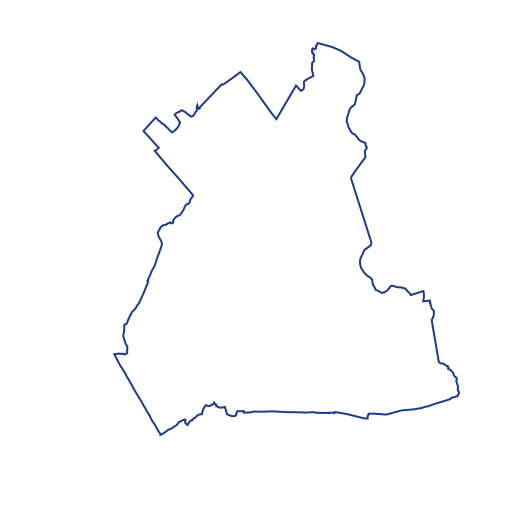 Racova, Bacau, Romania (Equal Earth projection), rotated 255°
{"feature_id": "2599482B19806401166229", "entity_name": "Racova", "entity_type": "district", "adm_level": 2, "iso_a3": "ROU", "parent_name": "Romania", "parent_adm1": "Bacau", "projection": "equal_earth", "projection_center": [26.765, 46.708], "detail": "fine", "context": "isolated", "style": "outline", "palette": "blue", "viewbox_px": 512, "rotation_deg": 255, "n_neighbors": 0, "source": "geoboundaries", "source_scale": "gbopen_adm2", "svg_char_len": 6072}
<svg xmlns="http://www.w3.org/2000/svg" viewBox="0 0 512 512"><g transform="rotate(255 256 256)"><path d="M416.9,405.9L422.8,399.6L432.1,391.2L437.9,384.0L445.7,370.9L444.3,369.6L443.7,368.5L443.2,368.1L442.4,368.4L442.0,368.0L441.0,367.6L441.0,366.9L440.8,366.1L440.5,366.0L440.5,365.7L441.6,365.0L441.9,364.4L441.2,363.8L440.6,363.7L439.5,363.0L438.7,363.1L438.5,363.3L437.6,362.9L436.6,363.9L435.8,364.0L435.8,363.7L435.5,363.6L434.5,364.1L433.0,363.0L430.4,363.0L429.7,362.6L428.8,361.6L428.0,360.2L421.6,358.2L415.1,358.0L414.2,353.8L412.7,348.6L411.8,347.4L410.4,346.9L409.0,346.9L406.4,346.0L404.7,344.8L403.9,342.2L410.3,338.8L382.9,311.1L390.5,307.8L396.2,305.6L412.7,299.4L429.6,292.6L430.2,292.2L437.7,288.6L433.2,277.2L430.1,268.7L430.2,268.2L430.8,267.2L427.9,262.8L426.5,260.2L424.5,257.2L421.1,251.5L417.6,245.9L416.9,244.7L414.5,240.7L413.6,239.8L412.9,239.6L413.1,238.9L414.0,238.6L414.9,238.3L416.8,238.3L415.5,237.4L414.9,237.2L412.6,237.0L411.6,236.2L410.5,234.6L408.1,232.4L407.9,231.8L407.4,229.9L407.7,228.9L409.3,228.1L409.7,227.5L411.2,226.3L413.3,225.0L413.8,224.3L416.1,222.1L415.1,219.1L415.0,217.4L414.3,215.3L413.4,214.0L409.4,215.7L405.3,217.0L404.2,217.1L403.2,216.0L400.8,214.2L400.3,213.5L399.2,211.7L398.5,210.8L397.4,208.0L397.1,207.1L397.3,206.6L399.1,205.7L401.5,204.3L402.1,204.1L404.6,202.3L405.9,201.8L406.7,201.2L408.2,199.6L408.4,199.4L409.0,199.3L412.6,196.6L414.3,195.9L415.7,194.9L405.9,179.7L404.4,180.3L401.0,182.3L392.2,186.6L386.8,189.4L385.8,190.1L384.8,188.5L384.0,186.7L383.8,185.4L365.7,193.9L352.9,200.4L331.0,210.9L329.9,210.3L328.4,208.1L326.9,206.9L324.4,205.3L323.9,204.2L323.9,202.5L322.4,200.2L319.9,198.4L316.9,195.3L315.3,193.1L315.1,192.7L315.0,190.6L314.8,189.7L313.4,187.2L313.0,186.5L311.4,185.0L310.7,184.8L310.2,185.0L309.8,184.8L309.5,184.1L309.4,182.6L310.4,182.4L310.6,182.1L310.6,181.6L310.4,181.3L310.4,180.7L310.4,179.4L310.2,178.9L309.5,177.5L309.7,176.8L309.5,175.6L309.7,174.8L309.7,174.2L308.8,171.8L308.3,171.1L306.9,169.9L306.2,169.5L305.9,169.2L305.4,168.4L303.8,167.1L300.1,167.0L295.6,168.1L292.3,168.5L289.9,167.2L286.1,164.6L278.8,159.4L272.9,155.7L268.6,151.4L266.0,149.6L260.0,144.7L259.4,145.3L258.0,144.4L249.6,138.1L240.5,130.6L239.1,128.5L236.2,125.6L235.3,124.2L234.4,122.2L231.2,119.1L227.4,116.0L224.5,113.9L223.9,113.0L223.7,111.1L222.7,110.7L220.8,110.3L217.3,108.9L215.2,108.1L213.1,107.0L205.6,107.3L204.1,107.6L202.0,108.3L195.6,106.4L195.2,105.4L195.2,105.0L195.0,104.6L195.1,104.0L195.0,103.5L195.0,103.1L195.8,102.4L196.1,101.9L196.4,100.6L196.6,99.3L197.3,98.3L197.3,96.9L197.6,95.5L197.7,93.7L183.7,96.9L182.7,97.5L180.6,98.0L178.7,98.7L174.7,99.7L172.5,100.0L170.2,100.9L166.9,101.6L163.7,102.6L161.1,103.0L145.2,107.6L139.9,108.9L137.0,109.9L134.5,110.3L129.0,112.0L124.2,112.9L119.1,114.7L112.2,116.3L109.5,117.4L108.6,117.5L108.0,117.4L108.2,119.1L108.8,121.2L110.0,124.1L110.9,126.5L111.4,130.7L112.1,131.8L113.1,135.1L113.5,136.1L114.8,137.6L115.4,138.4L115.8,140.7L116.3,142.4L116.4,145.3L115.7,145.5L114.6,144.8L113.7,144.5L113.0,144.6L111.7,145.2L110.5,146.2L111.6,147.0L113.9,150.4L113.8,151.2L113.8,151.9L114.6,152.3L115.4,154.3L115.9,156.2L116.4,157.0L116.8,157.2L117.1,157.9L117.2,158.8L117.5,160.0L117.6,161.1L117.1,162.4L117.3,163.0L118.1,163.2L118.6,163.6L119.6,164.0L121.0,164.8L124.3,168.0L124.8,168.8L124.6,169.5L123.5,170.9L123.2,171.5L123.2,172.4L123.5,174.7L124.0,175.2L123.7,176.1L124.0,176.6L125.3,177.6L124.2,177.9L123.3,178.9L122.8,178.9L122.7,178.5L121.9,178.7L121.4,179.2L121.1,179.0L120.9,179.6L119.9,180.3L118.7,182.5L118.3,183.7L118.5,184.5L118.3,185.1L118.3,186.8L112.6,187.1L112.0,186.9L111.0,187.1L110.3,187.4L108.7,189.6L107.7,191.3L107.2,192.3L106.9,194.6L107.2,195.4L108.6,196.0L110.2,197.1L110.6,197.6L110.8,198.2L109.2,204.1L107.9,203.6L106.5,209.4L106.3,211.2L106.5,212.9L104.8,218.9L104.5,220.1L103.5,223.4L102.8,227.0L102.0,230.2L100.0,237.1L99.3,238.7L98.6,241.4L96.7,247.0L95.9,250.3L93.8,257.2L91.3,265.8L91.0,268.1L90.1,271.6L89.5,272.4L88.9,273.8L86.7,281.7L85.3,286.1L85.7,286.3L84.5,290.1L84.0,291.1L84.9,291.6L81.8,298.7L79.2,303.9L72.8,315.5L70.9,319.2L70.2,321.8L72.5,322.4L73.4,323.4L74.5,324.0L73.0,329.7L69.1,340.8L69.2,356.8L67.0,368.6L66.3,377.4L66.6,380.6L66.3,383.2L66.8,388.9L67.1,396.5L67.3,403.8L67.5,406.8L68.1,407.0L68.4,408.6L68.5,414.4L69.4,415.0L70.6,416.5L71.2,416.7L72.3,416.7L74.1,416.3L75.5,416.4L76.8,417.2L78.8,417.3L83.6,417.1L84.6,417.9L85.6,418.3L86.7,417.9L88.2,416.8L89.8,416.2L91.6,416.2L93.1,415.8L96.3,413.8L97.0,412.6L98.1,412.4L98.2,412.8L99.1,413.1L99.7,412.9L100.5,411.8L101.5,410.8L103.5,409.1L103.9,408.5L104.0,407.8L104.6,406.3L105.6,405.8L106.3,405.5L106.4,405.2L109.2,405.4L148.6,409.1L150.8,411.1L152.8,412.4L157.0,413.7L157.6,413.3L159.2,412.4L160.4,412.1L162.3,412.2L163.7,412.0L164.8,412.1L165.3,411.8L166.1,411.9L166.2,412.3L166.8,412.2L168.0,412.4L168.9,405.8L169.7,406.1L172.7,407.5L176.0,408.4L178.8,408.6L178.2,395.4L179.1,395.3L180.3,394.9L180.9,394.5L181.5,394.0L185.8,391.8L186.7,390.4L188.5,387.2L188.8,385.6L189.6,383.8L191.7,380.7L192.1,379.7L192.0,378.4L191.8,377.8L190.0,375.9L188.7,373.7L187.8,371.1L187.8,368.0L191.7,363.8L192.4,362.8L194.7,362.5L197.4,361.8L199.1,361.5L203.4,362.1L204.0,361.5L205.0,361.2L207.4,359.0L209.3,357.7L212.3,356.0L214.8,355.2L217.8,354.4L221.8,354.5L225.3,355.6L226.8,356.5L233.8,362.3L236.3,369.0L237.1,369.9L238.5,370.7L240.2,370.9L306.1,367.9L307.4,368.4L308.1,368.9L309.4,370.4L318.9,381.9L323.1,387.2L329.0,388.2L330.3,389.3L331.4,390.9L333.4,391.0L333.6,390.5L334.0,390.4L336.9,391.0L339.1,388.0L339.8,386.9L342.9,384.9L344.9,384.5L346.0,383.7L347.5,383.2L348.6,381.7L349.3,381.0L350.8,380.2L357.2,378.5L360.3,378.7L362.3,378.4L364.9,379.3L366.7,380.2L368.7,381.4L369.2,381.9L371.6,383.1L373.0,384.2L374.1,385.2L374.7,386.1L375.3,387.1L376.4,389.8L376.8,390.5L377.4,390.9L379.5,392.1L383.5,394.1L385.3,395.2L385.6,396.1L385.7,397.2L386.8,398.7L388.5,400.4L390.6,402.0L391.8,403.4L395.0,405.5L400.0,407.0L402.8,406.6L406.1,406.0L408.1,405.2L410.2,405.1L416.9,405.9Z" fill="none" stroke="#1e3a8a" stroke-width="2"/></g></svg>